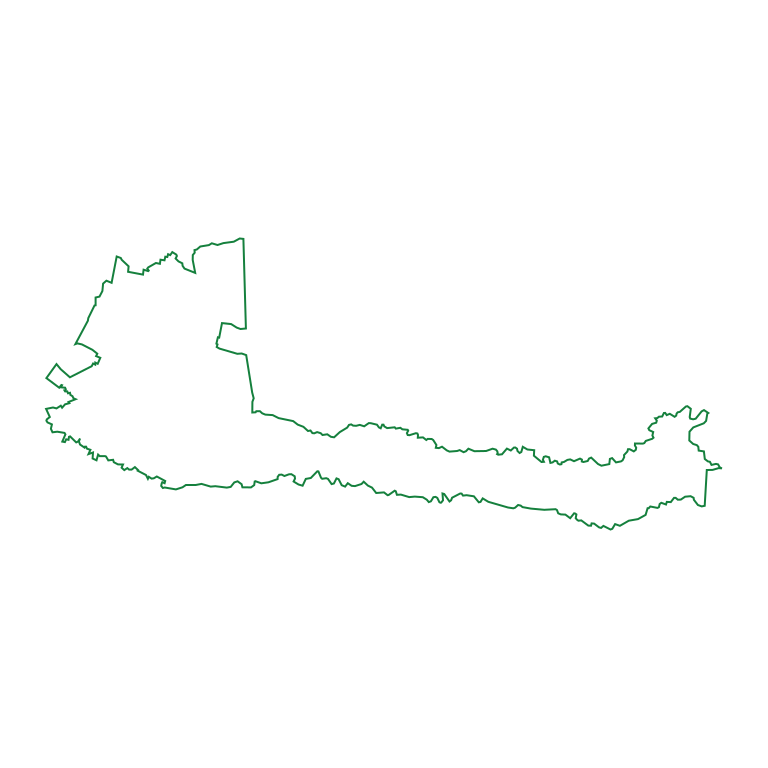 the district of Cuitláhuac, Veracruz, Mexico
{"feature_id": "50627088B21126743543200", "entity_name": "Cuitláhuac", "entity_type": "district", "adm_level": 2, "iso_a3": "MEX", "parent_name": "Mexico", "parent_adm1": "Veracruz", "projection": "mercator", "projection_center": [-96.646, 18.79], "detail": "fine", "context": "isolated", "style": "outline", "palette": "green", "viewbox_px": 768, "rotation_deg": 0, "n_neighbors": 0, "source": "geoboundaries", "source_scale": "gbopen_adm2", "svg_char_len": 6050}
<svg xmlns="http://www.w3.org/2000/svg" viewBox="0 0 768 768"><path d="M116.7,256.5L111.6,282.8L106.4,280.7L103.1,283.6L102.4,291.0L99.5,296.6L95.6,297.5L95.6,305.3L94.5,305.5L88.3,318.1L87.9,320.7L75.4,344.1L77.4,343.4L81.9,344.4L92.4,349.8L97.3,353.7L96.1,356.1L100.3,357.8L97.7,363.8L95.3,362.6L95.2,364.6L93.1,363.5L91.7,366.2L69.9,377.3L60.7,369.2L56.5,364.1L46.4,378.1L59.2,387.7L61.4,385.0L62.0,385.2L60.6,387.3L65.1,387.7L65.8,389.3L65.4,390.3L64.5,390.4L65.1,391.4L67.3,391.4L68.0,393.3L70.0,392.8L70.4,394.9L72.5,396.2L73.5,398.3L75.6,399.2L68.5,402.0L69.3,403.2L65.1,404.3L62.1,407.7L60.8,405.7L56.5,408.4L53.0,407.5L46.1,408.9L49.8,417.0L46.8,419.4L46.4,420.7L47.5,422.4L51.9,424.4L50.9,428.8L52.5,432.3L57.3,431.7L64.5,432.9L65.4,434.4L62.3,441.6L64.9,442.1L66.2,439.3L68.5,439.8L69.0,436.8L70.1,436.4L76.2,442.4L78.1,441.5L80.1,438.5L78.9,441.3L80.0,444.5L84.5,447.6L84.9,446.7L86.1,446.7L87.0,448.7L90.4,449.8L88.5,454.1L93.0,452.5L92.6,458.5L96.5,460.3L98.1,454.6L99.7,456.1L105.0,456.1L106.0,456.5L108.3,460.4L113.1,459.8L113.8,462.2L118.0,464.4L123.0,464.5L121.6,467.7L124.3,470.1L127.3,468.1L129.1,469.6L131.6,469.6L134.9,467.1L138.1,470.1L137.7,470.7L146.0,475.0L147.9,478.8L148.8,476.8L151.6,478.6L153.8,478.3L156.8,476.5L165.2,481.0L164.6,483.2L162.3,482.2L161.7,483.4L161.2,485.9L162.9,488.0L164.7,487.5L175.9,489.4L182.5,487.3L185.9,485.0L195.7,485.0L201.5,483.9L210.7,486.6L215.3,486.2L226.8,487.6L230.7,486.9L234.3,482.4L237.6,481.3L241.6,484.2L242.4,487.3L251.0,487.4L254.2,485.1L254.7,481.5L255.4,481.2L261.3,483.3L268.4,482.3L277.6,479.1L277.7,476.8L279.2,474.8L281.7,474.6L284.4,476.0L289.0,474.3L291.4,474.2L294.7,476.3L295.0,478.6L293.6,481.5L298.5,484.5L302.6,485.7L305.8,478.9L310.8,478.0L317.3,471.3L318.4,471.4L321.0,477.7L322.2,478.8L326.2,478.2L328.0,478.9L331.6,484.1L333.9,483.5L336.5,478.4L338.6,479.2L341.7,485.2L345.1,486.6L347.8,483.2L351.6,485.8L355.0,486.1L361.5,484.0L363.7,481.7L367.9,485.6L372.0,487.6L376.2,493.0L384.0,492.4L387.6,495.2L388.6,495.0L394.7,490.7L395.8,491.3L396.9,494.8L400.9,494.6L409.2,497.1L414.8,496.6L422.8,497.2L426.8,499.7L428.8,502.1L430.9,501.3L433.4,497.2L435.6,496.9L437.3,497.9L439.4,502.2L440.4,502.7L441.2,502.6L443.0,500.3L442.5,493.5L444.2,494.0L449.5,501.5L451.1,500.3L452.1,497.7L460.2,493.5L461.6,493.6L463.0,495.6L466.6,495.2L473.9,496.3L478.8,502.3L480.5,501.9L482.7,498.4L488.3,501.8L508.0,507.5L513.3,508.3L515.1,507.7L518.1,505.0L520.7,505.6L522.5,507.1L530.9,508.6L544.3,509.8L555.6,509.2L557.0,510.1L558.2,513.3L560.8,514.4L565.4,514.6L570.2,518.2L574.1,513.3L575.1,513.5L576.4,514.4L575.7,518.2L577.0,519.7L578.4,520.7L581.3,520.4L588.3,525.6L591.0,525.7L591.6,523.4L594.1,523.6L599.1,527.4L601.1,527.9L603.4,525.9L610.5,529.5L612.3,528.8L615.1,524.1L619.9,525.8L628.8,520.7L638.0,519.1L645.6,514.9L647.6,508.2L648.7,508.2L650.3,506.5L657.5,507.9L658.9,507.2L659.7,504.0L661.3,502.8L666.0,504.5L666.8,501.9L670.8,502.1L674.0,497.9L675.7,497.9L677.8,499.7L680.8,499.6L685.1,496.7L690.6,496.2L693.6,497.8L693.9,499.8L697.9,505.0L701.7,506.4L704.7,505.8L706.8,470.0L712.6,469.9L718.7,468.1L721.9,468.4L719.7,467.3L718.1,464.4L716.0,463.9L711.5,464.9L709.9,461.8L707.9,461.4L704.8,459.0L703.9,451.4L698.7,450.6L698.3,446.8L696.8,445.1L693.2,444.0L689.3,440.5L689.5,431.7L693.3,427.4L703.8,423.3L706.1,420.9L707.3,413.7L708.3,413.0L704.0,410.1L701.6,411.4L695.7,418.7L693.1,419.3L690.2,418.6L689.7,417.1L690.8,408.8L687.4,406.2L685.9,406.5L679.8,411.9L677.7,412.3L676.6,413.6L676.2,415.6L674.6,416.8L669.8,413.8L666.7,415.1L665.2,412.9L663.9,413.0L662.2,416.5L658.9,416.7L657.3,418.1L655.2,418.3L656.8,420.7L656.2,422.7L652.1,423.9L648.4,428.4L649.3,430.2L653.2,432.0L652.4,435.5L653.5,437.7L652.2,438.8L645.8,440.9L644.3,443.1L642.9,443.6L635.0,443.5L634.9,445.5L636.2,447.7L635.8,449.8L633.8,451.4L629.7,449.2L628.0,449.2L627.4,451.5L624.0,455.1L624.2,457.1L622.6,460.3L621.0,461.4L616.0,462.4L612.1,458.1L609.9,458.9L609.3,464.1L601.4,465.7L598.0,464.0L591.2,457.6L589.0,458.6L587.7,461.0L583.4,462.0L581.8,461.5L581.9,459.6L580.0,458.6L574.0,461.2L570.2,459.4L567.4,459.9L563.9,462.0L561.7,462.4L561.4,464.2L559.8,464.5L557.8,463.5L557.1,461.4L554.8,460.7L552.6,462.4L550.4,462.9L549.1,457.3L545.7,456.3L543.8,456.9L542.9,459.8L543.9,461.8L541.5,462.0L533.9,455.7L534.2,450.2L527.4,449.5L522.8,446.8L521.3,452.0L519.6,453.0L517.5,451.0L517.0,448.7L515.3,447.5L513.9,447.6L510.8,450.5L506.9,448.6L502.0,454.3L498.2,454.7L497.1,454.1L497.7,453.2L497.3,451.3L495.9,449.6L492.6,448.7L486.1,451.0L474.4,451.2L468.4,448.7L466.0,451.2L463.6,452.2L459.7,450.1L457.1,451.0L449.5,451.6L446.8,450.4L442.0,446.7L438.9,448.1L435.8,447.8L436.4,445.0L433.2,440.0L431.7,439.0L427.7,438.9L426.3,440.0L423.0,437.4L417.8,437.7L418.0,434.9L417.4,433.5L415.9,433.2L409.4,435.2L407.7,435.0L406.9,433.1L408.2,430.7L407.7,429.8L402.3,429.3L400.4,427.8L395.8,428.6L394.7,427.3L387.1,428.1L384.3,426.4L383.5,424.7L382.2,424.7L380.7,428.3L378.9,427.4L377.0,424.7L370.8,423.2L368.8,423.1L364.2,426.3L359.8,424.9L356.1,425.8L353.1,425.6L351.2,424.4L349.0,424.9L347.2,427.6L339.8,432.1L334.1,437.3L330.9,436.8L327.3,434.3L322.5,435.0L320.7,433.2L317.1,432.1L314.3,433.3L312.4,433.1L310.5,430.5L308.0,431.0L303.4,426.8L297.7,424.6L293.2,421.1L278.6,418.1L272.7,415.1L265.3,414.6L262.2,413.3L259.9,411.2L256.3,411.2L255.6,412.3L252.3,412.5L252.4,401.8L253.7,398.3L252.2,392.6L246.2,355.1L241.7,353.5L237.3,353.8L219.5,348.6L216.7,347.0L217.5,344.4L216.4,343.7L217.9,337.3L219.2,337.6L222.0,323.1L231.2,324.1L236.7,327.6L240.5,329.0L245.9,328.5L243.4,238.9L239.7,238.5L233.8,241.7L223.4,243.1L217.5,245.0L211.8,243.3L208.9,245.1L200.3,246.5L196.8,249.5L194.5,250.1L194.7,252.7L192.8,255.0L192.7,259.9L195.2,272.9L184.5,268.6L182.6,265.8L182.3,263.3L178.5,261.4L175.6,258.5L176.9,256.0L176.3,254.6L172.3,252.1L170.2,255.1L168.1,254.2L167.3,257.0L165.3,256.7L164.5,260.3L160.5,259.7L159.9,263.8L155.9,263.0L148.2,267.4L147.3,268.6L148.7,270.6L148.2,271.1L143.6,269.7L143.0,274.6L128.1,271.8L128.6,266.3L121.7,259.8L120.8,258.0L116.7,256.5Z" fill="none" stroke="#15803d" stroke-width="2"/></svg>